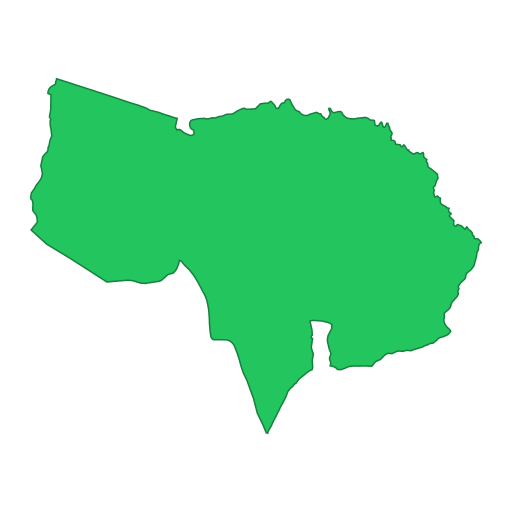 Ingende, Équateur, Democratic Republic of the Congo
{"feature_id": "63176286B3271137171664", "entity_name": "Ingende", "entity_type": "district", "adm_level": 2, "iso_a3": "COD", "parent_name": "Democratic Republic of the Congo", "parent_adm1": "Équateur", "projection": "orthographic", "projection_center": [19.593, -0.719], "detail": "fine", "context": "isolated", "style": "filled", "palette": "green", "viewbox_px": 512, "rotation_deg": 0, "n_neighbors": 0, "source": "geoboundaries", "source_scale": "gbopen_adm2", "svg_char_len": 5948}
<svg xmlns="http://www.w3.org/2000/svg" viewBox="0 0 512 512"><path d="M106.9,282.0L126.2,280.3L129.4,280.3L133.2,280.8L137.3,282.1L140.8,283.1L145.9,283.5L147.0,283.0L150.0,282.7L158.9,281.3L161.3,280.5L168.0,274.5L173.0,273.1L174.1,272.3L176.3,269.5L178.6,264.1L179.4,260.4L181.6,261.5L184.8,265.4L189.5,270.0L194.0,275.7L197.8,282.0L201.6,289.2L204.8,295.1L206.7,299.7L207.9,305.3L208.5,308.7L208.9,312.3L209.3,318.1L209.5,324.2L210.2,332.0L210.9,336.9L212.1,338.8L213.4,339.7L219.2,339.7L227.2,339.9L229.5,340.8L231.3,342.0L232.9,343.6L234.5,346.0L235.3,348.4L237.1,352.8L239.3,359.7L241.1,366.4L243.5,373.4L246.9,380.3L249.5,387.5L253.7,399.1L254.8,403.5L257.3,413.1L263.3,425.6L266.2,432.8L267.7,433.3L268.3,431.4L269.1,429.5L269.9,428.2L271.0,426.5L271.6,425.2L272.9,422.3L274.1,419.8L275.6,417.1L276.4,415.6L277.5,413.1L278.9,410.6L280.4,407.2L281.8,404.6L283.1,402.4L284.1,400.3L285.5,397.7L286.4,395.5L286.9,394.1L287.3,393.1L288.1,391.2L290.6,388.2L293.0,386.1L294.2,384.2L295.8,383.5L298.8,379.3L306.9,372.7L309.2,371.0L311.1,370.1L312.2,369.6L312.7,366.7L312.2,360.6L313.4,354.0L311.8,349.6L311.3,347.1L312.6,338.4L311.4,338.1L311.1,337.2L311.5,335.9L312.3,335.2L312.0,330.1L310.0,321.1L310.9,320.7L312.3,320.5L313.7,320.5L315.0,320.5L317.7,320.7L319.9,320.9L322.7,321.1L324.5,321.7L326.0,322.0L327.6,322.4L329.3,323.0L330.4,323.4L330.8,323.8L331.8,324.7L331.6,328.7L328.0,335.7L327.4,339.2L327.5,341.7L329.3,349.3L330.7,352.7L330.8,354.1L329.5,357.9L329.6,359.4L330.8,363.0L330.1,365.8L333.6,366.6L335.6,367.6L337.5,369.5L340.9,369.7L343.1,368.9L345.1,368.2L347.1,367.2L350.0,366.3L352.8,366.1L355.8,366.0L358.8,366.1L362.2,366.0L365.3,366.0L371.8,366.2L375.6,361.6L380.4,359.5L385.3,354.6L387.2,353.6L388.8,353.3L392.0,353.7L393.7,352.8L397.0,351.3L399.2,351.0L403.0,351.4L406.3,350.4L410.0,350.6L411.3,350.7L413.2,349.8L422.5,347.0L423.9,346.2L425.4,345.4L427.6,344.9L430.3,343.4L433.2,343.1L434.8,341.6L435.6,341.3L438.0,338.8L439.8,337.7L443.8,336.5L447.4,334.9L449.3,333.3L450.7,331.3L450.0,330.0L446.3,326.3L444.6,323.5L443.9,321.3L443.9,319.6L444.5,317.0L444.2,314.1L444.5,312.9L448.7,309.4L450.2,307.4L451.1,304.7L451.9,302.4L457.0,296.7L458.2,294.5L458.3,293.2L457.8,291.2L458.9,288.7L458.2,286.4L460.5,283.0L464.6,279.2L465.4,277.9L465.5,277.5L466.1,274.2L466.6,273.4L471.3,269.4L473.9,265.9L476.5,256.3L476.9,252.7L478.4,249.8L478.5,248.6L478.5,247.3L478.8,245.8L479.1,244.5L479.6,243.7L480.2,243.3L481.3,242.7L480.5,241.4L478.1,238.9L475.3,238.8L474.2,238.3L474.0,236.3L472.7,235.1L472.0,232.4L470.2,230.5L468.8,229.7L466.9,226.9L466.4,227.0L465.5,228.9L464.8,229.1L461.7,226.1L461.2,225.7L459.1,225.2L458.1,224.5L457.3,224.6L456.1,226.1L455.3,226.2L454.2,225.6L453.6,224.5L453.8,222.0L453.9,220.4L452.8,219.7L449.5,216.4L449.3,215.6L450.5,214.5L451.2,213.9L450.9,213.4L449.1,211.9L448.9,211.8L448.5,210.4L449.1,208.3L447.8,208.0L446.8,207.7L445.5,206.4L442.6,204.9L441.0,203.6L440.3,202.6L440.4,201.3L440.0,200.0L440.2,199.7L440.5,199.0L440.4,198.2L438.7,197.3L437.5,196.0L435.4,197.0L434.5,196.4L434.0,194.2L433.6,192.7L434.2,190.5L433.3,187.3L434.1,186.6L435.1,185.7L436.5,180.7L438.0,178.4L437.3,174.1L431.7,169.4L428.0,166.9L427.6,163.5L427.5,163.2L426.2,161.6L426.3,161.2L426.7,160.2L426.9,159.6L423.8,157.2L423.6,153.9L423.2,152.7L422.5,152.5L421.1,153.7L420.3,153.8L419.6,153.8L417.7,152.6L416.5,152.6L414.2,154.0L412.7,153.7L410.0,151.9L408.8,151.1L408.8,150.6L408.8,150.0L407.8,150.2L406.8,149.2L406.1,148.0L404.6,145.4L403.7,144.9L402.1,146.9L401.6,146.7L401.4,146.6L400.0,144.7L395.8,144.3L394.8,141.2L393.3,140.4L392.0,140.3L391.3,140.3L391.0,139.7L391.3,137.9L390.9,137.0L390.6,136.4L391.8,134.8L392.1,133.0L390.5,130.6L390.1,130.2L389.5,127.3L388.8,126.2L387.9,123.3L386.8,123.2L385.3,126.5L384.4,127.2L383.2,127.0L382.0,122.9L381.4,122.1L381.0,122.2L380.8,122.2L378.6,125.5L377.8,125.9L375.8,125.6L374.9,124.6L374.6,122.0L374.5,120.8L373.3,120.1L370.6,120.2L367.8,118.2L365.6,117.4L365.2,117.4L363.6,117.6L357.7,118.2L354.4,118.9L349.7,118.7L346.1,117.7L342.9,114.6L341.6,112.2L340.7,111.6L340.0,111.5L338.9,111.5L334.1,112.7L333.9,112.7L332.9,112.3L331.6,111.1L330.9,109.6L330.4,108.7L329.9,108.3L329.3,108.4L328.9,108.4L328.8,109.4L330.3,113.1L330.0,114.4L327.9,118.4L326.2,119.2L325.2,119.1L324.1,117.6L322.4,116.6L320.8,113.9L318.4,113.5L317.6,112.7L316.2,112.4L313.1,113.3L309.3,114.4L307.9,115.4L306.4,115.4L304.5,115.4L302.4,114.7L300.9,113.7L300.6,113.5L299.4,111.7L296.4,110.6L294.9,109.2L292.0,104.4L289.9,99.8L288.4,99.1L286.8,99.4L285.7,100.3L283.8,103.1L282.3,103.0L280.7,104.3L278.5,108.2L277.8,108.4L277.3,108.3L276.4,108.2L275.7,107.8L274.9,105.5L271.1,101.4L270.3,101.4L268.1,103.2L268.0,103.3L267.3,103.2L265.0,103.1L260.2,103.9L255.4,108.8L248.0,109.2L245.6,109.1L244.4,108.2L242.8,108.5L238.6,110.3L237.2,111.0L233.2,113.6L231.7,114.1L226.9,114.2L224.9,115.0L222.4,116.1L218.8,116.6L216.3,117.6L214.0,118.0L212.5,117.7L209.2,118.6L207.3,118.8L205.6,118.9L204.7,118.3L198.1,118.7L192.3,119.9L191.0,120.6L190.0,122.1L189.6,123.9L189.8,126.0L190.7,128.1L191.8,129.2L193.4,130.1L194.0,131.6L194.0,133.2L193.4,134.7L191.1,135.5L189.6,135.2L184.1,132.9L180.9,130.1L179.6,129.5L178.0,129.5L177.1,130.2L176.0,128.5L175.3,127.0L177.2,118.3L175.1,117.9L172.2,117.0L169.0,115.8L165.3,114.8L162.0,113.6L158.5,112.3L149.5,110.1L147.2,108.6L144.3,107.3L141.5,106.5L139.6,105.6L131.9,103.3L105.7,94.6L56.5,78.7L56.4,80.2L55.7,81.5L55.5,83.9L55.1,84.4L52.4,85.9L51.3,86.5L49.3,88.5L48.1,91.3L47.9,93.5L51.0,94.7L50.7,109.7L49.4,116.9L50.8,119.4L50.1,120.8L50.2,125.4L51.0,129.2L51.8,135.9L50.1,139.9L49.6,142.5L49.0,145.5L48.0,147.8L48.1,149.6L47.0,152.1L45.4,153.5L42.7,156.8L40.8,165.9L41.8,169.7L42.4,174.3L41.2,178.2L39.5,181.1L36.2,185.3L34.5,188.5L31.7,192.5L31.4,192.9L30.8,197.1L30.7,198.4L31.4,199.6L32.3,200.2L33.0,203.8L32.7,209.8L33.1,211.1L36.0,214.7L36.8,216.9L37.4,222.1L31.1,230.0L46.9,244.3L70.5,258.6L88.1,269.9L106.9,282.0Z" fill="#22c55e" stroke="#15803d" stroke-width="1.5"/></svg>